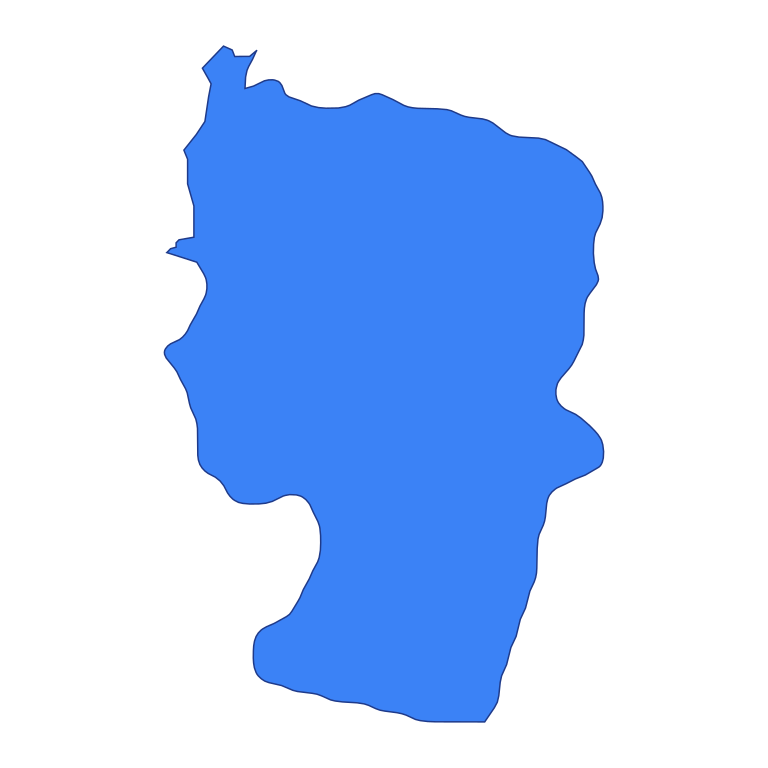 the district of La Descubierta, Independencia, Dominican Republic
{"feature_id": "3306468B88446063992156", "entity_name": "La Descubierta", "entity_type": "district", "adm_level": 2, "iso_a3": "DOM", "parent_name": "Dominican Republic", "parent_adm1": "Independencia", "projection": "albers", "projection_center": [-71.745, 18.594], "detail": "fine", "context": "isolated", "style": "filled", "palette": "blue", "viewbox_px": 768, "rotation_deg": 0, "n_neighbors": 0, "source": "geoboundaries", "source_scale": "gbopen_adm2", "svg_char_len": 3600}
<svg xmlns="http://www.w3.org/2000/svg" viewBox="0 0 768 768"><path d="M484.7,721.9L494.3,707.8L497.3,702.2L498.8,695.7L500.2,682.3L501.6,675.8L506.6,664.6L510.9,647.5L516.1,636.4L520.3,619.3L525.5,608.1L529.9,591.1L534.2,581.9L535.6,577.7L536.5,573.0L536.8,568.2L537.2,548.6L538.0,539.0L539.1,534.4L543.3,525.1L544.6,521.1L545.4,516.7L546.7,503.4L547.7,499.1L548.5,497.0L549.4,495.2L552.0,491.9L555.1,489.2L556.8,488.0L566.3,483.6L575.5,478.9L585.4,475.0L598.9,467.1L600.4,465.7L601.5,463.9L602.3,462.1L603.3,458.0L603.6,451.5L602.8,444.8L601.5,440.4L600.4,438.3L597.9,434.5L594.9,431.0L590.0,426.0L581.2,418.3L575.7,414.4L566.0,409.8L564.3,408.7L561.1,406.0L558.5,402.8L557.5,400.9L556.7,398.8L555.9,394.4L555.9,390.0L556.3,387.8L557.5,383.4L558.6,381.4L561.2,377.6L568.8,368.9L571.6,365.2L573.8,361.4L582.2,344.5L583.3,339.9L583.9,335.2L584.1,313.1L584.4,308.2L585.1,303.5L586.5,299.0L587.5,296.9L590.0,293.2L596.4,284.7L598.1,281.1L598.5,279.2L598.0,275.7L595.5,268.9L594.2,262.6L593.4,253.4L593.6,244.1L594.4,237.3L595.6,233.0L600.1,223.9L602.1,217.7L602.9,210.9L602.9,206.3L602.6,201.8L601.8,197.3L600.4,193.2L595.4,184.1L591.9,176.2L589.7,172.6L582.3,161.6L576.8,157.3L566.4,149.7L545.5,139.6L538.5,138.1L519.0,137.1L511.9,135.8L509.6,135.0L505.6,132.8L492.9,123.0L488.8,120.8L486.7,120.0L482.4,118.9L469.0,117.3L464.7,116.4L460.7,115.0L451.4,110.8L446.8,109.6L437.2,108.8L417.6,108.3L412.8,107.8L408.1,106.9L403.9,105.4L393.0,99.6L382.1,94.7L378.7,93.6L375.0,93.6L371.6,94.7L358.7,100.2L349.8,105.2L345.6,106.7L338.4,108.0L326.0,108.2L318.6,107.6L311.5,106.0L300.4,100.8L289.0,96.9L286.0,94.8L284.9,93.4L281.9,85.5L279.8,82.6L278.3,81.4L274.7,80.1L272.7,79.8L268.6,79.9L264.4,80.8L253.5,86.1L245.0,88.5L245.6,77.0L247.0,70.4L248.6,66.6L252.5,59.4L256.1,51.5L257.0,50.2L249.6,56.4L243.6,56.4L234.7,56.5L232.2,50.0L223.5,46.1L210.5,59.7L208.2,62.1L202.4,68.2L206.1,74.8L207.6,77.4L211.1,83.8L210.6,86.4L208.6,96.8L204.9,121.5L196.3,134.5L187.0,146.2L183.9,150.1L185.2,153.4L187.6,159.2L187.6,178.3L187.6,183.9L193.9,206.0L193.9,208.1L193.9,237.2L179.0,239.8L176.1,242.8L176.1,247.2L170.6,248.7L166.8,252.6L196.8,262.2L203.7,273.7L205.5,277.5L206.2,279.7L206.9,284.1L206.9,288.6L206.2,293.0L205.6,295.1L203.9,298.9L200.0,306.0L196.5,314.0L190.3,324.8L187.6,330.6L185.3,334.1L182.6,337.1L179.5,339.6L170.6,343.8L167.7,346.0L165.5,348.8L164.7,350.5L164.4,352.3L164.6,354.4L166.2,358.0L174.3,368.0L176.9,371.8L180.6,379.7L185.6,388.8L187.2,392.8L189.5,403.6L190.7,407.8L195.8,419.0L196.9,423.6L197.5,428.4L197.8,455.3L198.4,460.0L199.9,464.5L202.1,468.0L204.9,471.0L208.1,473.4L215.4,477.2L220.1,481.0L223.8,485.7L227.6,493.0L230.0,496.3L232.9,499.2L234.6,500.4L238.5,502.4L242.9,503.4L249.7,504.0L259.0,503.9L265.8,503.2L272.3,501.4L283.3,496.0L285.4,495.4L289.7,494.6L296.4,494.9L300.7,496.1L302.6,497.1L305.9,499.6L308.6,502.8L309.8,504.5L313.3,512.3L317.9,521.5L319.4,525.8L319.9,528.2L320.6,535.5L320.7,542.9L320.4,550.3L319.2,557.5L317.7,561.8L312.8,570.8L309.3,578.8L303.3,589.6L300.0,597.6L298.0,601.2L291.8,611.4L289.5,614.4L286.3,616.7L274.2,623.4L266.6,626.7L262.9,628.8L261.2,630.0L258.3,633.0L256.1,636.5L254.5,641.1L253.7,645.8L253.4,650.7L253.3,658.1L253.6,663.0L254.4,667.8L256.0,672.3L257.0,674.2L258.3,675.9L261.3,678.8L264.8,681.1L268.9,682.6L281.5,685.5L292.8,690.3L297.5,691.5L312.2,693.3L317.0,694.2L321.2,695.7L330.6,699.9L335.2,701.0L342.4,701.9L357.1,702.8L364.2,703.9L368.5,705.3L375.9,708.7L380.1,710.2L384.9,711.1L397.1,712.7L401.8,713.7L406.1,715.1L415.4,719.4L420.2,720.6L427.8,721.5L435.6,721.8L484.7,721.9Z" fill="#3b82f6" stroke="#1e3a8a" stroke-width="1.5"/></svg>